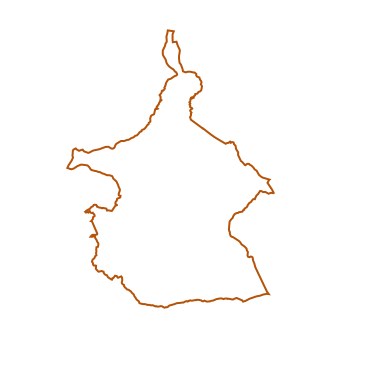 San Pedro de Huaca, Carchi, Ecuador (Albers equal-area conic projection), rotated 35°
{"feature_id": "8360857B26572966022177", "entity_name": "San Pedro de Huaca", "entity_type": "district", "adm_level": 2, "iso_a3": "ECU", "parent_name": "Ecuador", "parent_adm1": "Carchi", "projection": "albers", "projection_center": [-77.722, 0.622], "detail": "fine", "context": "isolated", "style": "outline", "palette": "amber", "viewbox_px": 384, "rotation_deg": 35, "n_neighbors": 0, "source": "geoboundaries", "source_scale": "gbopen_adm2", "svg_char_len": 6074}
<svg xmlns="http://www.w3.org/2000/svg" viewBox="0 0 384 384"><g transform="rotate(35 192 192)"><path d="M296.7,252.5L298.2,250.7L300.4,246.4L304.6,240.6L307.4,237.7L309.0,235.3L311.8,232.4L313.4,231.6L310.5,230.6L289.3,218.6L286.6,217.0L284.2,214.9L281.4,213.1L279.1,210.8L278.0,210.8L277.1,211.2L276.5,212.4L275.1,212.9L274.5,212.6L273.8,212.0L272.2,209.1L270.3,208.3L269.3,207.2L268.4,206.9L266.2,206.5L262.6,206.5L260.2,205.5L258.7,205.2L252.4,205.4L250.9,205.6L250.2,205.9L248.7,205.8L246.7,204.2L246.0,203.1L244.8,202.5L243.7,201.5L239.8,194.7L239.8,191.8L240.2,189.9L239.7,188.4L239.6,185.8L240.3,184.2L241.8,182.5L242.0,181.7L244.6,179.1L244.3,177.8L245.0,176.6L244.5,175.6L245.5,173.1L245.5,171.8L245.1,170.8L245.3,169.9L245.1,168.7L246.1,166.1L246.0,165.1L246.2,163.0L246.8,162.2L247.6,161.8L247.2,161.0L247.3,160.5L246.8,157.9L247.3,155.9L247.2,152.1L248.5,151.4L250.3,151.3L252.0,149.9L255.7,149.5L257.0,147.6L258.2,146.7L259.2,146.4L259.5,146.1L259.3,145.8L256.1,144.1L248.6,141.2L248.2,138.3L248.4,137.4L241.5,139.7L239.6,139.8L236.9,139.5L232.8,137.5L230.3,137.5L228.0,136.7L225.7,136.3L223.5,136.5L222.8,136.3L221.8,136.7L221.2,137.2L220.7,138.0L220.5,139.3L219.9,139.6L216.2,138.6L214.2,138.5L208.6,135.3L207.0,133.0L203.5,131.5L201.1,129.1L199.1,128.8L198.0,127.8L197.6,127.6L196.6,127.9L195.5,129.4L194.8,128.7L194.3,128.8L193.7,130.8L192.6,131.8L191.9,133.2L179.7,134.1L174.9,134.1L164.5,133.6L164.5,133.8L149.6,133.4L147.4,131.7L147.3,130.1L146.7,129.0L146.1,128.4L146.1,127.3L144.4,126.8L143.7,126.2L143.7,125.5L144.4,123.6L143.9,123.3L142.3,123.5L141.6,123.4L141.3,122.5L139.9,121.8L139.9,120.6L138.8,120.3L138.4,120.0L138.7,119.3L138.5,118.5L137.5,117.0L137.9,116.2L137.2,115.8L137.1,115.4L137.5,114.7L138.5,115.1L139.3,114.0L139.2,113.5L138.5,113.0L139.1,111.1L138.5,109.9L139.7,108.7L140.0,107.5L139.9,106.4L140.9,105.0L141.2,103.3L139.5,99.6L137.4,98.6L137.1,97.1L136.7,96.5L135.6,95.8L134.0,95.3L132.4,94.0L129.8,94.6L128.4,93.9L127.9,92.9L125.6,92.6L124.8,93.2L122.0,94.3L120.9,94.9L119.5,96.0L118.1,97.7L115.4,98.3L113.5,96.5L109.7,93.9L107.8,93.4L104.8,90.1L103.3,87.9L101.2,83.6L100.3,82.5L96.4,80.3L93.1,77.8L90.4,80.3L89.2,79.0L85.7,74.1L84.9,70.8L79.5,73.5L81.0,76.7L81.8,79.2L85.0,83.2L85.2,83.9L85.1,85.2L86.2,88.3L86.9,92.8L89.2,96.1L90.5,96.9L94.4,98.6L97.2,100.9L99.4,101.8L101.4,102.3L104.6,102.4L106.1,102.2L109.1,103.1L110.3,103.0L112.1,103.9L112.5,104.4L112.4,105.5L111.3,107.0L109.7,111.3L108.0,113.5L108.1,116.7L108.4,118.4L108.9,119.0L109.1,120.4L109.5,120.8L109.4,122.1L109.6,122.5L110.4,122.9L110.5,123.7L110.2,125.6L109.4,126.0L109.3,126.4L110.1,128.2L110.1,129.4L109.8,131.1L110.0,131.4L111.0,131.6L111.8,132.2L113.1,134.2L114.3,134.2L114.4,134.4L114.4,134.7L113.8,135.2L113.6,135.6L114.0,136.5L113.9,138.1L114.5,139.2L114.3,140.4L114.5,141.2L114.1,142.1L114.5,142.9L115.2,143.3L116.1,143.4L115.5,144.3L114.5,144.7L114.4,145.4L116.3,150.0L115.0,152.3L114.8,153.2L115.5,155.6L117.4,158.0L117.5,158.4L116.9,160.2L117.6,161.4L117.0,162.8L117.1,165.4L116.8,167.7L115.4,170.0L115.4,170.6L115.8,171.1L114.7,173.4L114.8,174.8L114.5,176.9L113.1,178.9L112.9,180.5L111.4,182.6L110.8,184.2L109.9,185.9L109.1,186.4L107.2,189.1L104.6,190.9L102.4,195.9L102.3,197.0L103.0,200.2L102.3,201.9L101.2,202.6L97.5,202.9L95.3,204.7L91.5,210.2L87.3,214.7L85.2,218.7L84.5,219.5L80.5,220.6L79.4,220.5L78.2,220.0L77.3,221.0L75.9,223.0L72.9,223.3L71.8,223.0L70.8,224.7L70.6,226.3L73.4,231.0L74.6,231.9L74.9,232.6L75.4,235.3L75.6,241.3L76.1,243.8L80.0,242.7L81.7,240.6L83.2,236.7L85.1,233.6L86.0,232.8L90.8,230.3L91.9,230.2L93.9,230.7L96.1,231.6L97.1,231.6L100.2,230.5L101.3,229.9L103.7,229.3L105.2,228.5L108.1,228.2L109.1,227.7L112.7,227.0L114.8,225.6L117.3,224.8L118.0,225.0L119.9,226.2L124.0,226.7L127.7,228.8L129.0,229.9L131.1,231.0L132.0,232.1L133.1,235.8L133.6,236.4L134.3,236.7L135.6,236.1L136.3,237.5L136.1,238.2L134.9,239.8L134.6,240.5L135.3,242.3L135.1,243.7L135.6,245.1L136.3,245.8L137.7,245.6L138.0,245.9L137.1,247.2L137.2,253.5L133.9,255.1L133.0,255.9L131.9,255.0L131.2,254.8L128.2,256.1L127.6,257.0L126.8,257.0L124.8,258.0L122.5,258.5L122.1,257.9L121.0,257.5L119.5,258.3L118.9,259.1L119.0,260.5L118.2,262.0L117.9,264.5L116.8,266.5L116.0,268.7L116.2,269.2L116.0,269.5L116.8,269.7L118.0,268.4L118.9,268.3L119.0,266.2L120.7,267.1L121.7,266.8L122.6,265.9L123.0,266.2L125.0,266.5L126.0,267.5L125.4,269.5L126.3,271.0L126.1,273.5L126.5,273.2L138.1,280.3L138.5,280.9L138.5,281.4L137.3,282.7L135.9,283.5L135.1,284.2L134.6,285.4L134.6,286.8L136.4,285.5L137.2,284.4L138.0,284.1L139.1,285.2L141.5,286.1L142.7,287.0L144.5,287.7L145.1,288.2L146.4,290.7L145.4,292.1L145.8,292.5L146.5,294.1L147.8,295.5L148.4,297.0L150.0,298.7L149.5,300.0L150.0,302.2L149.4,304.3L150.0,306.4L151.6,307.1L152.7,308.2L153.7,308.5L154.1,308.4L154.9,307.7L155.7,307.4L157.3,310.1L160.7,310.9L161.3,310.8L163.3,308.5L164.6,308.3L165.2,308.0L166.5,309.1L168.4,309.5L170.3,309.0L171.3,309.7L172.2,310.0L176.3,309.9L176.8,309.6L176.3,308.3L176.9,307.7L177.0,304.7L178.6,304.0L179.8,304.6L180.6,304.7L182.4,301.7L183.3,302.0L184.1,302.6L185.5,304.3L186.5,306.6L187.2,307.1L188.4,307.3L189.7,307.2L190.3,308.0L191.7,308.6L193.1,308.7L194.7,309.1L196.3,308.4L197.4,308.6L198.2,308.4L200.1,308.8L201.2,309.2L203.0,309.3L204.9,310.6L206.3,310.9L207.1,311.4L208.5,311.9L211.0,312.0L212.8,313.2L214.8,312.5L216.4,311.8L217.3,311.1L219.1,310.3L220.2,310.1L221.8,308.9L223.4,308.4L224.7,307.3L227.6,306.7L228.1,306.1L229.0,305.9L230.3,305.1L232.1,303.2L233.2,302.8L235.1,302.7L236.0,302.4L236.4,301.6L237.1,301.2L238.1,300.1L238.2,299.0L238.8,297.7L241.8,294.1L243.3,291.8L246.3,289.3L247.2,288.3L248.3,287.6L249.5,285.2L250.5,284.3L251.2,284.3L251.5,283.9L251.8,282.9L252.3,282.6L252.6,281.9L253.9,281.3L255.3,280.1L256.5,278.8L257.6,278.1L257.9,277.4L259.7,276.3L261.9,275.5L263.1,275.6L263.9,275.1L264.4,273.9L267.0,273.3L269.6,271.1L270.2,270.1L271.8,268.5L273.4,265.8L276.1,263.0L278.0,261.9L279.2,261.7L280.1,260.4L281.7,259.2L282.4,259.2L283.2,258.4L286.5,257.0L287.6,256.1L287.9,255.2L289.4,253.2L295.3,252.0L296.7,252.5Z" fill="none" stroke="#b45309" stroke-width="2"/></g></svg>